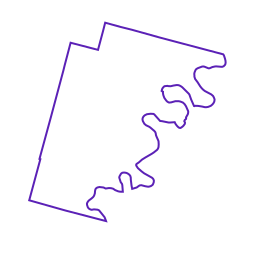 outline of Bolivar, Mississippi, United States of America, rotated 195°
{"feature_id": "52423323B48999249202093", "entity_name": "Bolivar", "entity_type": "district", "adm_level": 2, "iso_a3": "USA", "parent_name": "United States of America", "parent_adm1": "Mississippi", "projection": "albers", "projection_center": [-91.039, 33.825], "detail": "fine", "context": "isolated", "style": "outline", "palette": "violet", "viewbox_px": 256, "rotation_deg": 195, "n_neighbors": 0, "source": "geoboundaries", "source_scale": "gbopen_adm2", "svg_char_len": 2846}
<svg xmlns="http://www.w3.org/2000/svg" viewBox="0 0 256 256"><g transform="rotate(195 128 128)"><path d="M205.5,75.2L204.6,75.2L204.7,32.6L167.1,32.1L125.1,32.4L125.3,32.7L127.1,35.2L127.7,35.9L134.4,40.8L135.2,41.1L136.3,41.2L139.8,40.6L141.9,39.6L143.3,39.6L144.8,40.0L145.8,40.6L146.4,41.2L147.7,43.2L148.1,44.5L148.0,45.2L147.7,46.5L147.0,47.9L144.9,50.6L143.8,52.3L143.4,53.3L143.2,54.3L143.1,56.3L143.5,58.4L143.6,59.9L143.5,60.8L143.1,61.6L142.2,62.6L140.3,63.6L136.2,64.2L134.2,63.8L133.8,63.8L130.8,65.1L128.7,65.5L126.6,65.5L124.4,64.7L121.1,64.3L119.5,64.4L117.9,64.7L116.5,65.1L118.7,71.3L119.3,72.4L121.1,73.9L123.6,77.8L123.7,79.0L123.0,81.8L122.6,82.5L122.0,83.2L121.1,83.7L119.5,84.1L117.8,84.2L116.6,84.0L114.7,83.3L113.3,82.2L112.5,80.8L111.9,78.8L109.6,73.1L108.2,70.3L104.2,72.8L102.6,74.8L101.8,75.6L100.3,76.2L96.5,76.2L94.1,76.4L93.0,76.6L92.0,77.1L90.9,77.8L89.6,79.3L89.3,80.2L89.2,81.1L89.1,82.3L89.4,83.9L90.0,84.8L90.7,85.5L92.0,86.2L100.7,88.4L103.6,89.6L107.9,91.7L109.8,93.3L110.5,94.2L110.6,95.0L110.4,95.5L108.6,97.6L106.2,101.2L103.4,104.2L98.4,109.2L96.8,111.0L94.2,114.5L93.7,115.9L93.6,117.5L94.1,120.1L95.1,123.1L95.8,124.1L98.0,126.8L99.1,128.3L99.9,130.1L100.7,131.2L101.9,132.0L106.5,134.2L107.9,134.7L111.2,135.3L113.3,136.3L115.5,138.6L116.2,140.0L116.4,141.2L116.2,142.5L115.7,143.7L115.0,144.7L113.3,146.2L109.9,147.6L107.0,148.2L106.1,147.9L98.8,143.1L97.0,143.4L90.3,143.8L89.3,144.0L84.4,145.7L83.3,144.4L81.6,143.0L80.0,142.0L78.8,141.5L77.7,141.5L77.2,141.7L76.3,142.7L75.6,143.6L75.0,144.6L74.2,146.7L74.3,147.8L74.6,148.4L75.2,148.8L75.4,149.2L75.2,150.4L74.3,151.8L74.4,152.6L74.7,153.3L73.8,156.7L73.8,158.0L74.0,159.2L74.3,159.9L77.6,164.0L79.5,165.7L81.6,166.8L84.3,167.1L86.1,167.0L89.1,166.2L93.0,163.9L94.9,163.2L96.1,163.4L97.2,163.8L98.3,164.5L100.7,166.5L102.2,168.6L102.8,169.7L103.3,170.9L103.6,172.1L104.3,172.2L105.1,172.5L105.1,174.5L104.8,175.7L104.0,177.3L103.4,177.9L100.8,178.9L99.7,178.9L97.4,179.5L95.2,180.7L92.1,182.1L90.6,182.4L89.5,182.4L88.0,182.1L86.1,181.4L78.1,176.8L77.3,176.1L74.4,171.9L69.9,166.3L69.5,166.3L68.6,166.9L65.9,167.5L62.0,167.9L59.2,168.0L57.9,168.3L56.1,169.1L53.8,170.8L52.6,172.5L51.9,174.0L51.5,175.8L51.7,177.8L52.2,178.7L53.2,180.0L54.2,181.0L56.3,182.0L63.3,183.6L65.2,184.4L67.1,185.5L69.0,186.9L72.7,190.3L75.8,192.7L77.1,194.7L77.4,195.8L78.0,197.4L78.1,199.0L77.8,201.2L77.6,202.0L77.1,202.8L76.0,203.9L72.2,206.6L70.8,207.0L69.9,207.0L65.8,206.5L65.2,206.6L64.4,207.0L62.3,208.7L59.8,210.0L58.5,210.4L53.5,211.3L52.8,211.5L51.6,212.4L51.0,213.5L50.8,213.7L50.5,214.7L50.6,216.3L51.2,218.1L52.2,220.0L54.1,222.9L55.1,223.8L121.1,223.6L149.6,223.9L161.2,223.7L177.3,223.8L177.2,214.6L177.2,201.0L177.2,195.7L205.5,195.5L205.4,171.9L205.3,167.1L205.3,141.1L205.3,118.8L205.5,75.2Z" fill="none" stroke="#5b21b6" stroke-width="2"/></g></svg>